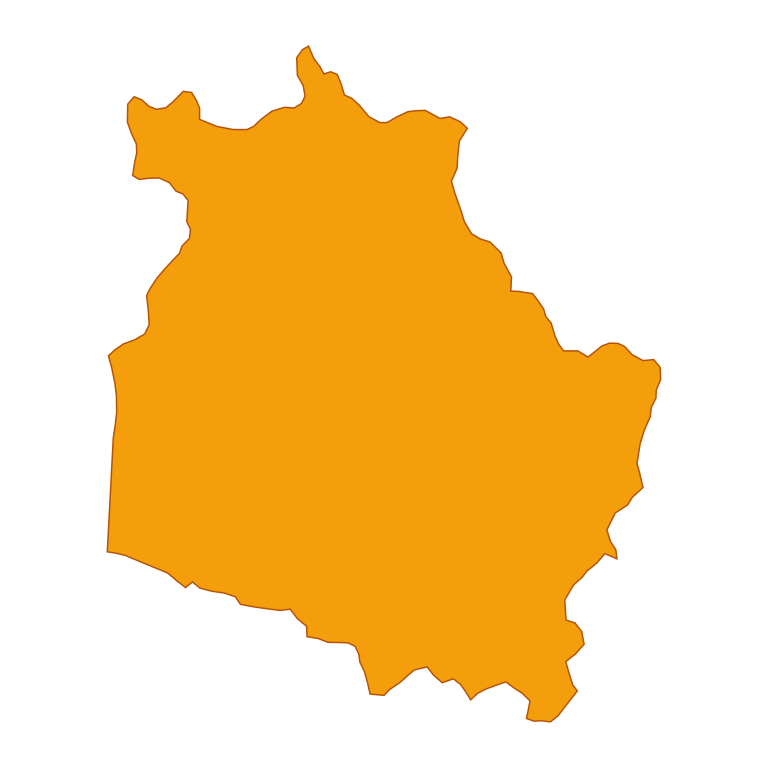 Espírito Santo do Pinhal, São Paulo, Brazil (Robinson projection)
{"feature_id": "56859067B52786293582727", "entity_name": "Espírito Santo do Pinhal", "entity_type": "district", "adm_level": 2, "iso_a3": "BRA", "parent_name": "Brazil", "parent_adm1": "São Paulo", "projection": "robinson", "projection_center": [-46.789, -22.186], "detail": "fine", "context": "isolated", "style": "filled", "palette": "amber", "viewbox_px": 768, "rotation_deg": 0, "n_neighbors": 0, "source": "geoboundaries", "source_scale": "gbopen_adm2", "svg_char_len": 2634}
<svg xmlns="http://www.w3.org/2000/svg" viewBox="0 0 768 768"><path d="M653.7,359.6L643.1,360.6L632.2,354.8L624.6,346.5L618.0,343.4L609.8,343.1L602.2,345.8L596.2,350.6L588.0,357.1L577.9,350.9L563.6,350.9L558.8,344.4L555.0,336.1L551.1,323.0L545.8,316.5L543.6,309.0L538.3,301.1L532.6,293.6L518.3,291.4L510.8,291.1L511.5,276.9L504.0,263.1L501.2,253.1L490.0,242.0L480.1,238.9L471.4,233.6L464.2,221.3L461.1,210.9L455.1,193.9L451.4,181.3L457.1,168.2L457.7,156.7L459.4,141.0L467.3,128.3L460.4,121.8L449.5,116.8L440.1,118.5L425.3,110.4L415.9,110.7L407.9,111.7L397.0,116.8L387.2,122.5L379.9,122.6L369.0,116.8L359.2,105.1L351.9,98.4L344.4,95.0L341.0,83.6L337.2,74.4L330.7,71.8L323.9,74.0L319.8,66.5L313.8,58.4L308.5,46.1L302.3,49.8L296.7,57.8L297.4,75.4L303.2,85.5L305.1,96.4L301.5,103.4L294.0,108.1L284.6,107.3L271.8,111.2L260.4,119.9L253.7,126.4L247.2,129.5L240.0,129.6L232.7,129.5L216.8,126.4L199.6,119.4L199.6,108.1L196.5,100.6L191.6,92.5L183.2,91.4L173.4,101.5L165.8,107.8L156.4,109.3L148.9,106.3L141.7,99.8L134.2,96.7L127.7,104.2L127.4,122.1L131.5,133.5L136.4,144.1L136.7,153.2L134.5,163.2L132.7,175.5L139.0,179.4L149.3,178.2L159.1,178.0L169.2,182.5L176.2,191.3L182.9,193.9L188.1,200.5L187.5,210.1L186.8,221.5L190.5,229.4L189.4,238.4L182.1,245.9L179.4,253.4L173.5,259.5L165.4,268.2L157.2,277.8L150.4,288.0L146.6,295.5L148.2,309.5L149.2,324.7L144.8,333.9L134.9,339.7L123.6,343.9L115.2,349.6L108.4,355.9L111.4,366.3L114.9,383.3L116.4,395.3L116.7,412.1L115.2,425.4L113.3,437.7L107.3,551.8L115.4,553.1L125.1,555.3L132.3,558.4L145.1,563.7L156.8,568.5L167.5,572.9L177.2,581.1L185.6,587.6L192.4,581.9L199.9,588.1L211.7,591.2L224.1,593.0L235.4,596.8L240.4,604.3L251.8,606.5L263.1,608.2L279.8,610.4L290.2,609.2L297.2,618.4L306.6,626.3L307.0,636.7L318.2,638.5L327.8,642.3L337.7,642.5L347.8,642.8L355.0,646.2L358.7,653.7L359.9,662.1L364.5,671.8L367.7,683.4L370.1,694.1L384.1,695.3L389.4,689.7L400.3,682.2L408.7,674.7L414.4,669.9L427.2,666.9L433.3,674.9L442.2,682.7L453.3,678.8L460.5,684.4L466.4,692.8L470.7,699.8L477.9,693.1L486.4,688.8L495.9,685.3L505.9,681.9L515.3,688.8L522.1,693.1L530.0,700.9L528.1,710.7L526.5,718.5L534.1,721.2L541.2,720.7L550.3,721.9L558.0,715.8L565.8,705.7L577.3,690.9L572.7,684.9L568.5,671.3L565.8,661.6L575.7,653.7L584.1,644.2L581.7,631.6L575.0,623.0L566.0,620.0L564.8,600.0L573.5,585.0L582.2,577.2L587.0,571.0L596.6,563.2L604.9,553.6L616.9,558.8L615.8,549.7L610.5,541.4L606.8,529.9L615.3,512.9L627.6,504.9L632.4,497.2L643.0,487.5L639.3,471.8L637.0,463.5L640.1,443.7L644.5,429.7L650.3,416.6L651.3,407.5L655.9,398.3L656.3,390.0L660.7,379.4L660.0,367.1L653.7,359.6Z" fill="#f59e0b" stroke="#b45309" stroke-width="1.5"/></svg>